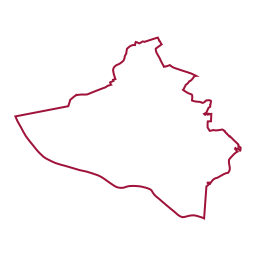 Hellevoetsluis, Zuid-Holland, Netherlands
{"feature_id": "6326949B52767007773218", "entity_name": "Hellevoetsluis", "entity_type": "district", "adm_level": 2, "iso_a3": "NLD", "parent_name": "Netherlands", "parent_adm1": "Zuid-Holland", "projection": "albers", "projection_center": [4.166, 51.836], "detail": "fine", "context": "isolated", "style": "outline", "palette": "rose", "viewbox_px": 256, "rotation_deg": 0, "n_neighbors": 0, "source": "geoboundaries", "source_scale": "gbopen_adm2", "svg_char_len": 5364}
<svg xmlns="http://www.w3.org/2000/svg" viewBox="0 0 256 256"><path d="M157.9,37.6L157.3,37.7L156.6,37.9L153.3,39.0L151.6,39.5L151.2,39.7L149.5,40.2L145.0,41.7L144.7,41.8L144.6,41.7L142.9,41.5L142.6,41.5L140.3,42.9L139.7,43.2L139.5,43.3L139.4,43.3L138.9,43.2L137.2,42.4L136.8,42.2L136.6,42.2L136.4,42.3L136.1,42.3L135.7,42.1L135.3,43.1L135.3,43.8L135.1,44.5L135.0,45.1L134.3,45.0L133.9,45.0L133.0,45.1L132.1,45.3L131.6,45.5L131.0,45.7L129.9,46.3L129.3,46.8L128.6,47.3L127.2,48.6L127.0,48.8L126.9,49.0L126.7,50.5L126.4,52.2L126.3,52.6L126.3,53.5L126.2,53.7L125.2,55.3L124.8,56.3L124.7,56.7L124.7,57.3L124.6,57.8L124.4,58.5L124.1,59.3L123.8,60.0L123.5,60.5L123.4,60.7L122.7,61.4L122.1,61.9L121.6,62.3L120.1,63.4L119.2,63.9L118.6,64.3L118.3,64.4L117.7,64.6L116.9,64.9L116.2,65.3L115.8,65.6L114.8,66.4L114.6,66.7L114.3,67.0L113.9,67.6L113.7,67.9L113.5,68.3L113.4,68.7L113.3,69.1L113.2,69.4L113.1,70.0L113.1,70.4L113.1,70.7L113.4,71.7L113.6,73.4L113.8,73.8L113.8,74.1L114.6,76.7L115.4,79.1L114.6,79.3L113.1,79.8L113.4,80.6L113.5,80.9L110.1,82.4L110.9,84.7L111.0,84.8L107.7,85.8L105.3,87.4L103.3,88.1L102.7,88.3L98.3,90.0L95.7,91.0L90.3,93.2L87.3,94.4L84.2,94.6L81.5,94.5L78.6,94.8L76.5,95.1L76.3,94.9L75.7,95.4L75.7,95.5L74.4,96.3L70.4,99.7L70.2,99.9L68.8,104.7L68.5,105.3L68.5,105.5L68.3,106.2L15.4,116.4L17.3,120.8L18.6,123.2L21.4,128.1L23.1,131.4L24.1,133.1L25.7,135.9L27.3,138.1L29.1,140.5L31.2,143.1L32.6,144.8L36.1,149.2L37.8,151.2L39.6,153.1L41.4,154.8L43.5,156.8L45.9,158.4L51.0,161.0L53.1,162.0L55.7,163.1L60.8,164.7L65.7,166.0L79.6,170.1L84.7,171.2L87.6,171.9L92.7,173.5L97.9,175.3L100.4,176.5L102.7,177.8L105.0,179.4L109.5,182.6L114.0,185.7L116.2,186.9L118.5,187.6L121.2,187.9L124.0,187.6L125.9,186.9L128.5,186.2L131.0,186.0L133.9,185.9L138.5,186.2L141.4,186.6L145.0,187.5L147.8,188.3L150.5,189.5L151.7,190.6L152.8,192.6L154.4,194.8L155.7,196.1L157.4,197.5L159.5,199.2L161.5,201.0L163.5,202.7L165.5,204.4L167.5,206.1L171.6,209.5L173.7,211.2L175.6,212.8L177.7,214.7L179.9,216.2L182.5,217.2L185.2,216.8L187.8,216.1L190.5,215.5L193.5,215.3L196.2,215.7L201.1,217.2L203.5,218.1L204.1,218.4L206.4,186.5L209.0,184.3L208.9,184.3L209.0,183.8L208.8,183.7L208.5,183.5L208.1,183.4L207.8,183.3L207.7,183.2L207.7,182.9L207.7,182.7L207.8,182.7L208.0,182.7L208.2,183.1L208.3,182.9L208.7,183.1L209.9,183.5L209.9,183.4L210.0,183.5L212.9,179.9L213.5,179.4L214.5,178.8L215.2,178.4L215.5,178.2L216.7,178.0L217.6,177.6L221.0,175.7L221.6,175.4L222.8,174.7L223.3,174.4L225.0,173.6L225.6,173.4L226.5,173.1L228.3,172.7L229.5,170.4L229.7,169.8L229.7,169.4L229.8,169.0L229.8,168.2L229.8,167.8L229.5,166.1L229.2,164.4L229.1,163.6L228.9,161.9L228.9,161.2L229.0,160.4L229.0,159.9L229.2,159.5L229.4,159.2L229.6,158.9L230.5,157.8L230.9,157.4L231.2,157.1L233.9,154.2L236.2,152.3L237.1,151.8L237.5,151.6L235.4,149.3L235.8,149.1L235.5,148.7L235.2,148.6L235.4,148.1L235.5,148.0L236.7,149.2L238.0,148.4L240.1,150.7L240.3,150.6L240.3,150.3L240.6,148.3L240.6,148.0L240.6,147.6L240.4,147.4L238.7,146.3L238.5,146.1L238.4,146.1L238.4,145.9L238.4,145.7L238.5,145.7L238.3,145.2L238.5,145.1L238.5,144.9L238.3,144.5L238.1,144.3L238.0,144.1L234.7,141.0L233.7,140.1L232.9,139.2L230.2,136.6L230.0,136.4L229.8,136.7L229.5,136.5L227.2,134.1L226.8,133.8L226.8,133.7L226.7,133.7L224.6,131.4L224.4,131.1L224.6,131.0L224.0,130.5L223.3,130.0L222.1,129.5L221.9,129.6L217.7,130.3L215.6,130.4L215.2,130.4L213.9,130.1L213.7,130.0L209.9,130.9L209.7,130.8L208.1,128.3L207.6,127.4L207.6,124.4L207.6,123.0L207.7,122.3L207.8,121.4L211.0,121.3L211.3,113.9L210.5,114.0L208.8,114.4L208.9,114.2L208.7,113.7L206.7,114.1L205.9,114.4L205.1,114.8L204.1,113.9L205.5,113.1L206.2,112.6L206.6,112.3L206.8,111.7L207.1,110.8L207.9,109.3L208.1,108.6L208.4,108.1L208.7,107.8L208.9,107.5L209.7,107.2L210.0,106.9L210.2,106.7L210.3,106.4L210.3,106.1L210.2,105.6L210.1,105.2L210.1,104.8L210.4,104.6L210.5,104.4L210.6,103.9L210.8,102.3L211.0,101.0L210.8,100.8L210.2,100.5L209.3,100.2L209.0,100.2L208.7,100.2L208.0,100.3L207.2,100.3L206.8,100.3L206.1,100.6L205.8,100.7L205.6,100.9L204.9,101.7L204.4,102.1L203.2,102.7L202.9,102.8L202.4,102.9L202.2,102.8L200.8,102.2L200.0,101.9L198.8,101.8L196.3,101.6L193.7,101.1L192.0,100.5L192.1,99.1L192.3,97.3L192.3,96.9L192.2,96.5L192.2,96.3L192.2,96.1L192.2,95.6L192.1,95.2L191.8,94.6L190.9,94.2L189.1,93.5L188.5,93.3L187.6,92.8L187.2,92.6L185.4,91.5L184.9,91.2L184.6,91.0L184.4,90.9L183.8,90.4L183.0,89.8L183.7,89.1L183.9,88.8L184.0,88.6L184.0,88.3L184.3,87.8L185.2,86.1L185.6,85.1L186.0,84.7L187.2,83.8L188.0,83.1L188.5,82.4L189.0,81.6L189.3,81.3L189.6,81.1L190.4,80.8L190.6,80.7L190.8,80.5L191.2,80.2L192.4,78.9L192.6,78.7L193.3,77.7L193.5,77.3L194.0,76.8L194.2,76.6L195.7,75.8L196.0,75.8L195.3,75.4L194.4,75.1L192.7,74.2L190.7,73.3L190.0,73.1L189.6,73.0L188.9,72.8L188.1,72.4L187.3,72.2L183.3,70.9L182.0,70.5L174.9,68.1L173.9,67.7L172.8,67.2L171.5,66.4L171.3,66.2L171.1,66.0L170.7,65.8L170.5,65.7L169.9,65.1L168.8,65.5L167.2,66.1L165.4,66.6L165.2,66.6L165.0,66.4L164.6,66.5L164.4,66.5L163.9,66.7L163.8,66.3L163.4,65.6L162.1,63.3L160.3,59.8L160.3,59.4L159.9,58.6L158.3,55.8L157.3,54.1L157.2,53.8L157.1,53.7L156.6,52.8L156.4,52.3L156.3,51.9L156.1,51.4L156.0,51.0L155.7,49.2L155.7,48.8L155.8,48.6L156.1,48.4L156.8,47.9L157.0,47.7L157.5,47.3L158.7,46.5L160.1,45.5L160.4,45.3L161.1,44.7L161.6,44.4L161.1,43.6L161.0,43.4L159.3,40.4L159.1,40.5L157.9,37.6Z" fill="none" stroke="#9f1239" stroke-width="2"/></svg>